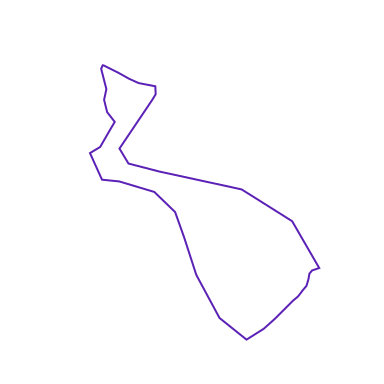 the district of Calvary, Castries, Saint Lucia, rotated 329°
{"feature_id": "8701671B81655629015903", "entity_name": "Calvary", "entity_type": "district", "adm_level": 2, "iso_a3": "LCA", "parent_name": "Saint Lucia", "parent_adm1": "Castries", "projection": "natural_earth1", "projection_center": [-60.987, 14.015], "detail": "fine", "context": "isolated", "style": "outline", "palette": "violet", "viewbox_px": 384, "rotation_deg": 329, "n_neighbors": 0, "source": "geoboundaries", "source_scale": "gbopen_adm2", "svg_char_len": 701}
<svg xmlns="http://www.w3.org/2000/svg" viewBox="0 0 384 384"><g transform="rotate(329 192 192)"><path d="M261.9,322.7L262.8,268.7L262.3,267.6L235.9,215.4L228.2,208.1L174.6,157.7L152.2,134.9L152.2,117.4L205.3,92.6L211.2,89.5L215.0,82.5L202.3,71.1L196.3,62.4L190.3,51.9L181.4,37.9L180.7,37.4L177.6,39.6L171.6,59.7L167.5,64.1L164.2,67.6L163.8,68.7L160.4,79.8L161.5,88.9L161.9,92.1L150.7,98.2L136.5,106.1L124.6,106.1L121.2,135.1L135.0,145.4L159.7,172.5L167.2,200.5L161.9,226.8L153.0,265.2L150.7,314.2L162.7,346.6L183.0,346.2L197.6,343.4L222.9,337.1L228.9,336.2L234.1,334.2L236.2,333.3L241.8,331.4L246.8,326.8L250.7,322.4L254.5,321.1L261.9,322.7Z" fill="none" stroke="#5b21b6" stroke-width="2"/></g></svg>